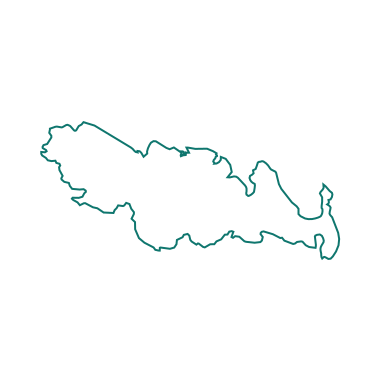 an SVG outline of Dumfries and Galloway, rotated 208°
{"feature_id": "GBR-2138", "entity_name": "Dumfries and Galloway", "entity_type": "Unitary District", "adm_level": 1, "iso_a3": "GBR", "parent_name": "United Kingdom", "parent_adm1": "", "projection": "equal_earth", "projection_center": [-4.095, 55.048], "detail": "fine", "context": "isolated", "style": "outline", "palette": "teal", "viewbox_px": 384, "rotation_deg": 208, "n_neighbors": 0, "source": "natural_earth", "source_scale": "10m", "svg_char_len": 4004}
<svg xmlns="http://www.w3.org/2000/svg" viewBox="0 0 384 384"><g transform="rotate(208 192 192)"><path d="M347.1,181.3L344.2,184.4L343.7,185.0L342.7,185.9L341.8,186.4L337.5,187.8L336.8,188.4L334.6,191.9L334.1,192.4L333.4,192.9L331.2,193.1L330.3,193.0L325.2,191.1L324.5,191.0L323.8,191.3L323.2,192.1L323.0,196.4L322.9,197.1L321.2,199.7L320.6,202.7L309.3,204.9L266.9,202.6L264.6,202.2L262.6,201.4L260.6,200.9L258.7,201.4L259.1,201.8L259.3,201.9L259.5,202.6L257.3,203.4L255.2,202.8L251.3,200.4L249.6,204.9L250.7,206.7L251.4,209.9L251.6,213.5L251.4,216.2L249.9,218.8L247.7,219.8L235.3,218.9L231.8,219.3L228.9,222.8L219.5,221.7L219.8,222.5L220.4,222.9L219.2,223.5L218.2,223.4L217.4,222.7L216.7,221.7L218.2,219.7L218.8,219.9L219.5,220.7L219.3,219.4L219.1,218.9L218.6,218.4L217.0,220.3L214.9,221.7L215.5,223.4L215.9,224.0L215.0,224.2L213.1,225.3L217.7,228.6L216.4,229.3L209.4,231.6L199.0,237.3L192.6,237.9L188.5,237.7L188.5,236.5L188.0,236.3L187.5,236.2L187.1,236.0L186.8,235.5L187.1,235.0L187.5,234.5L187.6,234.3L187.3,232.6L187.8,230.5L187.5,228.8L185.7,228.2L185.7,227.4L183.7,228.7L182.2,231.0L181.7,233.9L183.0,236.5L177.8,237.1L171.0,233.9L166.3,228.3L167.5,221.7L165.5,222.6L162.2,225.5L160.1,226.3L158.1,226.1L148.2,222.7L146.6,221.8L145.5,220.7L144.2,218.3L143.6,216.5L142.7,215.3L140.5,214.9L139.7,215.6L138.6,217.3L137.7,219.4L137.3,221.2L138.6,225.0L139.6,227.5L140.5,228.6L142.6,228.6L144.5,229.0L146.2,229.9L147.8,231.4L148.3,233.5L147.1,235.4L146.4,237.4L148.3,239.8L146.6,242.2L147.1,245.7L147.7,248.9L146.9,250.2L146.1,250.6L145.4,251.3L144.6,252.1L143.2,252.5L140.1,252.1L137.3,251.2L133.9,249.4L132.7,249.0L127.9,249.1L126.7,248.4L119.0,239.8L114.6,236.7L98.9,229.7L92.9,228.5L90.1,227.2L87.6,222.5L84.8,221.6L79.7,221.7L76.5,222.7L73.4,224.4L70.8,226.5L68.7,228.6L67.6,230.0L67.0,231.0L66.9,231.9L66.9,233.1L67.1,234.5L67.8,236.4L68.8,238.1L70.1,238.8L71.0,240.6L72.5,244.5L74.6,248.4L78.4,250.8L78.5,252.3L77.8,255.3L77.7,256.8L77.8,257.6L79.5,260.3L76.6,259.7L70.9,257.5L68.1,257.0L66.9,255.8L66.1,253.2L66.2,250.5L67.8,249.0L66.8,247.9L66.2,246.9L66.2,245.7L66.8,244.5L64.3,244.3L63.2,243.9L62.3,243.3L61.8,241.8L61.2,239.5L60.4,237.4L59.1,236.5L56.4,235.5L43.8,224.6L40.0,219.6L37.6,213.7L36.9,207.1L37.4,201.2L38.3,198.2L40.2,196.9L43.0,197.0L44.5,196.9L45.1,196.4L45.8,194.4L47.1,195.3L48.4,197.1L48.8,198.0L50.8,200.4L51.8,201.9L52.4,203.7L52.5,205.5L52.3,209.5L52.9,211.0L54.6,212.8L56.8,214.3L59.2,214.5L61.6,212.8L62.0,212.1L62.6,211.5L62.6,210.4L57.8,203.5L57.1,202.0L56.7,200.7L62.8,198.4L66.6,198.4L71.1,200.0L72.5,199.6L75.8,197.2L76.9,194.8L78.3,193.6L87.6,192.4L91.0,193.9L92.5,192.8L100.8,192.7L110.3,190.8L111.7,189.6L112.1,188.2L111.7,187.0L108.4,185.5L107.5,181.9L108.1,179.9L112.9,176.6L120.9,173.4L122.6,173.1L129.2,174.7L132.0,173.7L133.2,173.2L134.3,170.8L136.0,170.8L136.8,176.3L138.5,176.1L140.5,174.5L140.7,171.1L143.0,169.7L144.0,163.9L147.2,159.9L147.8,156.4L151.4,154.4L154.7,149.1L156.4,148.7L161.7,149.6L162.6,149.4L163.4,147.6L169.1,148.1L171.1,149.0L173.9,152.2L176.2,152.9L179.1,150.3L179.1,147.6L182.8,142.6L181.2,138.6L181.6,134.6L184.8,131.5L193.7,128.2L194.2,127.7L193.0,125.1L194.3,124.5L196.3,124.0L197.2,123.7L199.9,125.0L210.2,124.9L217.2,126.4L224.7,132.4L228.2,138.7L232.8,140.0L233.0,145.3L233.8,146.9L237.8,148.7L241.6,152.0L245.0,151.5L245.5,148.3L246.3,147.2L250.9,145.5L251.0,142.3L251.8,139.7L251.5,136.6L260.4,132.4L267.9,133.2L272.3,132.0L281.0,132.0L282.2,131.3L284.8,127.7L288.2,129.1L293.2,129.2L294.9,129.7L294.7,130.9L289.2,133.7L286.5,136.4L286.5,140.3L285.8,142.3L286.5,143.3L289.0,143.6L292.4,141.4L299.3,138.5L302.7,140.0L305.0,142.2L309.5,141.0L313.0,141.8L313.8,142.7L313.8,145.5L319.3,149.1L321.0,151.5L320.8,153.5L322.3,154.7L325.4,154.0L327.3,155.5L330.6,153.3L334.2,152.3L337.0,153.5L341.4,153.9L343.0,154.9L343.9,156.6L340.5,158.0L339.5,159.7L340.5,160.5L344.4,160.7L345.1,161.6L345.1,163.7L342.4,166.4L341.8,174.1L342.6,175.6L345.8,177.2L347.0,181.2L347.1,181.3Z" fill="none" stroke="#0f766e" stroke-width="2"/></g></svg>